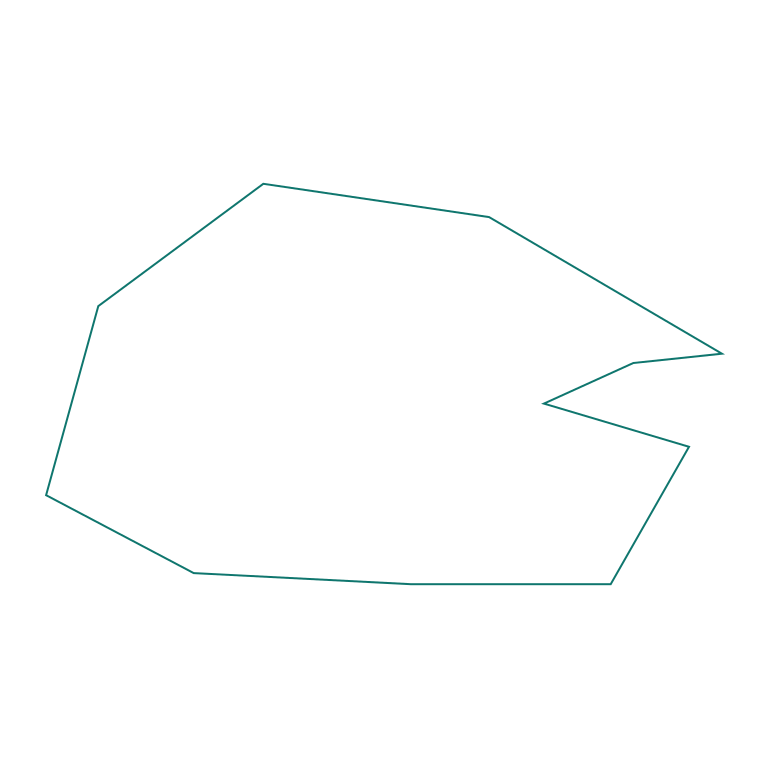 the border of Cork
{"feature_id": "IRL-5569", "entity_name": "Cork", "entity_type": "City", "adm_level": 1, "iso_a3": "IRL", "parent_name": "Ireland", "parent_adm1": "", "projection": "natural_earth1", "projection_center": [-8.45, 51.888], "detail": "fine", "context": "isolated", "style": "outline", "palette": "teal", "viewbox_px": 768, "rotation_deg": 0, "n_neighbors": 0, "source": "natural_earth", "source_scale": "10m", "svg_char_len": 269}
<svg xmlns="http://www.w3.org/2000/svg" viewBox="0 0 768 768"><path d="M721.9,353.7L633.3,363.0L543.9,403.6L689.0,446.8L610.7,584.2L410.9,584.2L193.7,573.1L46.1,495.2L98.3,306.1L263.3,183.8L489.1,217.1L721.9,353.7Z" fill="none" stroke="#0f766e" stroke-width="2"/></svg>